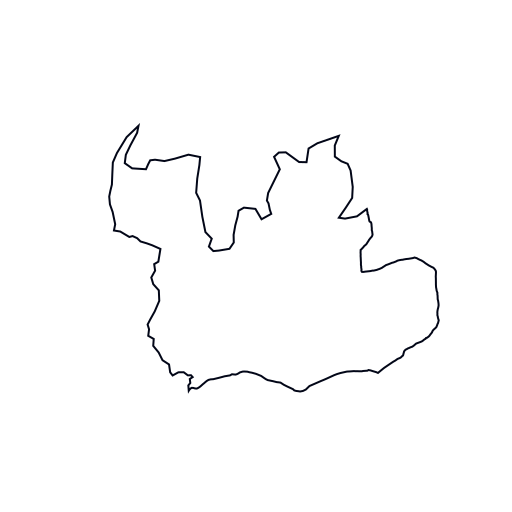 Maseru (Berea Distict), Berea, Lesotho (Equal Earth projection), rotated 228°
{"feature_id": "5366337B16311168562684", "entity_name": "Maseru (Berea Distict)", "entity_type": "district", "adm_level": 2, "iso_a3": "LSO", "parent_name": "Lesotho", "parent_adm1": "Berea", "projection": "equal_earth", "projection_center": [27.544, -29.28], "detail": "fine", "context": "isolated", "style": "outline", "palette": "ink", "viewbox_px": 512, "rotation_deg": 228, "n_neighbors": 0, "source": "geoboundaries", "source_scale": "gbopen_adm2", "svg_char_len": 4755}
<svg xmlns="http://www.w3.org/2000/svg" viewBox="0 0 512 512"><g transform="rotate(228 256 256)"><path d="M200.9,115.9L201.1,116.6L201.3,118.0L201.3,118.8L201.0,120.1L199.7,121.3L198.9,121.7L197.9,122.5L197.1,123.3L196.7,124.6L196.4,126.2L196.3,127.7L196.3,129.1L196.3,130.7L196.2,132.2L196.2,133.7L196.1,135.8L195.7,137.8L194.7,139.7L193.0,141.9L190.4,146.7L188.8,149.8L187.6,152.2L186.5,153.9L185.7,155.2L184.7,156.7L184.2,159.0L181.6,161.4L181.0,162.6L180.5,164.4L180.3,166.0L179.1,168.6L178.2,169.8L175.8,172.2L173.9,173.4L172.1,174.8L168.5,177.1L163.4,179.6L160.3,180.3L157.9,180.9L155.9,181.7L154.7,182.6L152.9,183.9L151.7,184.8L148.4,187.0L147.2,188.1L145.5,189.5L141.7,190.5L138.1,191.9L134.6,193.4L132.2,194.4L130.5,194.5L128.8,195.6L127.2,197.0L125.8,198.1L124.3,200.6L123.4,203.7L123.6,208.7L119.5,221.0L118.7,223.2L117.7,226.2L115.5,233.2L115.2,234.2L114.1,237.1L112.5,240.5L109.3,246.2L106.8,249.3L105.3,251.3L99.5,257.5L99.0,258.5L96.2,262.1L96.0,263.3L94.3,264.6L92.7,265.5L89.3,267.6L87.5,268.4L87.5,268.7L87.2,275.0L87.1,276.5L86.7,279.4L86.5,280.9L85.9,285.2L85.6,287.3L85.1,289.5L84.9,291.3L84.8,292.3L84.4,293.4L83.9,294.8L83.7,295.8L83.8,297.6L83.7,298.6L84.1,299.4L84.7,300.2L85.5,301.5L86.0,302.2L86.2,303.2L86.3,304.5L85.9,305.8L85.7,307.0L85.3,308.0L85.0,309.0L84.4,310.7L84.0,311.5L83.9,312.6L83.8,313.6L83.8,314.7L83.8,316.2L83.4,317.4L82.9,318.6L82.3,320.1L81.6,322.0L81.4,323.4L81.4,324.3L81.3,325.6L81.0,326.6L81.3,327.5L80.8,328.4L80.6,330.5L80.7,331.6L81.1,333.3L81.2,334.3L81.5,335.8L82.0,336.6L82.4,338.4L82.4,340.0L82.4,341.3L82.5,342.5L83.0,343.5L83.4,344.4L83.9,345.1L84.2,346.1L84.7,346.9L85.3,347.8L86.0,348.8L87.2,349.3L88.7,350.1L89.4,350.6L90.7,351.2L91.7,352.2L92.5,352.8L93.4,353.7L94.0,354.4L94.9,355.6L95.6,356.7L96.8,358.3L97.4,358.9L98.8,360.0L100.9,361.4L102.3,362.1L105.0,364.4L106.0,365.0L107.3,366.2L109.3,367.0L110.2,367.6L111.3,368.3L112.0,368.7L112.8,369.3L114.4,370.6L115.4,371.5L116.3,372.3L117.0,372.9L118.8,374.5L120.5,375.9L121.1,376.5L121.8,377.2L123.1,378.5L123.9,379.2L124.8,379.7L125.9,379.9L127.0,380.0L128.0,380.0L128.8,379.9L129.7,379.5L130.6,379.1L131.5,378.8L133.1,378.2L134.1,377.9L135.3,377.6L136.7,377.2L137.6,377.0L138.9,376.8L140.2,376.5L141.0,376.2L141.9,376.0L143.3,375.3L144.8,374.7L145.6,374.4L146.9,374.0L148.1,373.2L148.8,372.8L149.1,372.0L149.6,371.0L150.3,369.9L151.0,368.8L151.9,367.4L152.5,366.6L153.3,365.5L153.8,364.7L154.5,363.6L155.0,362.6L155.8,361.6L156.5,360.5L157.0,359.7L157.9,358.0L158.2,356.6L158.6,355.5L159.2,353.9L160.1,352.2L160.4,351.2L161.1,349.3L161.6,348.0L162.2,346.7L162.6,344.1L162.8,343.0L162.9,341.9L163.4,340.2L163.9,338.8L164.4,337.7L164.8,336.6L165.4,335.5L166.4,333.7L167.2,332.8L167.8,331.7L168.4,330.7L169.2,329.6L170.0,328.5L170.5,327.8L171.3,326.7L172.0,325.6L172.6,324.8L173.4,324.1L174.5,324.4L175.4,325.4L177.1,326.5L178.0,327.3L179.0,327.9L179.7,328.5L181.0,329.7L181.9,330.4L183.6,331.8L184.8,332.8L185.6,333.4L186.5,334.2L187.1,334.8L188.6,336.0L189.7,337.1L190.5,337.8L190.5,338.8L190.7,341.5L191.0,343.0L190.9,345.8L191.6,348.3L191.9,349.5L192.3,350.7L192.7,352.8L192.8,353.7L192.9,354.8L193.3,356.0L194.1,357.1L195.2,357.8L196.3,358.6L197.0,359.0L197.7,359.3L199.0,360.5L199.9,361.2L200.6,361.7L201.5,362.4L202.5,363.2L204.0,364.0L205.5,363.5L206.3,363.7L207.1,364.2L208.1,364.8L208.9,365.3L209.9,365.9L210.9,366.5L211.7,366.9L212.6,366.9L213.2,367.7L214.0,368.1L214.7,368.5L215.5,369.0L216.2,369.7L216.8,369.9L217.9,357.6L224.2,347.2L229.0,343.2L231.8,354.9L234.8,366.3L242.6,374.1L256.2,383.5L263.2,385.8L269.3,382.8L277.1,381.1L285.4,388.5L289.9,397.9L298.7,377.1L300.7,367.0L291.9,356.3L297.0,350.9L313.1,347.5L317.6,342.2L317.6,335.8L304.5,331.7L294.7,307.2L289.9,301.2L286.7,300.5L281.1,297.2L277.1,295.5L279.6,284.7L291.4,287.1L300.0,279.4L301.3,273.3L297.5,268.6L292.7,261.2L286.7,253.5L280.9,248.5L279.1,241.1L284.9,232.0L288.2,227.6L294.5,227.3L298.5,234.7L307.6,234.4L321.1,242.4L334.7,251.5L343.0,253.8L352.9,264.2L361.4,274.7L366.9,280.7L376.5,273.6L382.6,260.9L387.8,251.5L395.1,245.4L397.9,241.4L396.4,237.4L394.1,232.3L404.0,222.6L412.8,220.6L418.3,227.0L422.3,236.7L427.1,250.1L431.4,255.8L430.9,239.4L425.6,221.6L421.3,212.2L413.8,204.8L405.5,196.7L401.9,191.4L398.4,186.7L392.1,182.0L384.6,178.9L373.8,172.6L370.0,167.5L365.0,171.5L354.9,174.6L353.4,177.6L348.8,179.6L344.1,179.9L338.5,183.3L333.5,186.0L325.2,189.7L317.1,179.6L318.1,174.9L312.6,171.2L310.1,163.8L303.8,160.8L295.5,160.8L287.4,154.1L282.6,143.7L279.6,134.9L277.6,129.6L273.1,127.5L268.8,122.5L262.8,124.5L258.0,119.5L249.4,119.1L241.1,116.8L233.6,118.8L227.0,114.4L223.0,114.1L221.5,120.5L218.0,124.5L212.9,125.5L210.9,127.9L208.4,127.9L208.9,124.5L205.6,122.2L205.1,119.1L200.9,115.9Z" fill="none" stroke="#020617" stroke-width="2"/></g></svg>